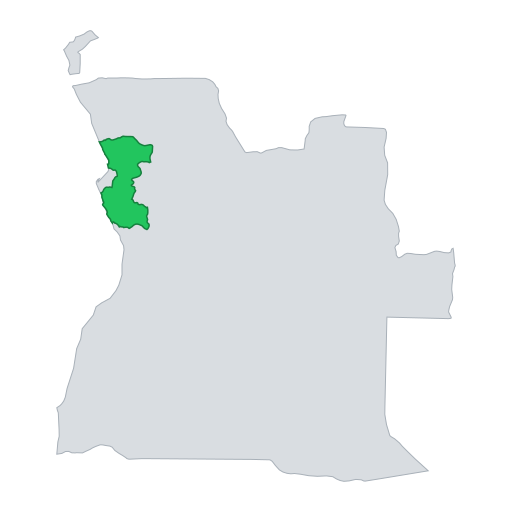 Bengo highlighted on a map of Angola
{"feature_id": "AGO-1877", "entity_name": "Bengo", "entity_type": "Province", "adm_level": 1, "iso_a3": "AGO", "parent_name": "Angola", "parent_adm1": "", "projection": "albers", "projection_center": [13.878, -9.029], "detail": "fine", "context": "in_parent", "style": "filled", "palette": "green", "viewbox_px": 512, "rotation_deg": 0, "n_neighbors": 0, "source": "natural_earth", "source_scale": "10m", "svg_char_len": 7609}
<svg xmlns="http://www.w3.org/2000/svg" viewBox="0 0 512 512"><path d="M453.1,248.3L453.7,252.7L454.2,258.7L454.6,263.1L455.1,265.0L455.2,266.1L454.6,267.2L454.0,269.7L453.1,272.0L452.5,273.6L452.9,276.6L451.9,285.2L451.7,289.5L452.7,297.3L452.5,299.6L449.6,306.6L448.8,310.1L448.6,312.0L451.2,317.3L451.0,318.3L448.9,318.6L447.1,318.6L386.9,317.1L384.9,406.8L384.8,414.4L386.5,424.6L389.8,435.6L391.1,436.7L394.6,438.8L399.5,443.0L402.2,446.2L407.7,451.7L415.0,458.8L428.2,470.8L382.7,478.3L365.3,481.1L363.8,481.0L361.3,479.8L355.7,479.4L349.1,480.9L343.9,481.3L340.1,480.5L336.4,478.9L332.8,476.7L326.4,475.9L317.4,476.3L308.8,475.7L300.4,474.2L294.4,473.5L290.8,473.8L287.0,473.3L282.9,472.0L279.4,469.9L275.4,465.5L272.2,461.3L271.3,460.7L270.3,460.0L269.3,459.8L251.4,459.4L142.2,458.6L129.5,459.2L128.5,459.1L126.9,458.6L125.9,457.7L122.3,455.3L119.2,453.5L114.9,450.5L112.2,447.2L109.9,446.1L105.8,445.5L102.7,444.9L100.2,444.8L95.8,446.4L92.5,447.9L90.1,449.4L86.0,451.2L82.5,452.9L76.5,452.7L75.2,452.9L71.8,452.8L68.7,451.4L65.5,451.5L61.9,453.4L56.8,454.2L57.9,441.8L59.2,436.3L59.1,429.8L58.3,412.8L57.4,410.4L56.8,407.7L60.0,405.6L61.6,404.0L63.7,401.1L65.3,397.2L67.1,388.4L73.6,368.3L76.7,348.6L80.7,339.2L82.2,328.7L93.3,315.1L96.1,306.8L101.9,302.7L110.1,298.3L116.0,290.6L118.8,285.2L122.0,274.9L122.0,264.2L124.0,249.8L123.6,245.7L120.5,240.0L119.9,235.9L117.1,231.9L114.0,228.9L112.6,223.5L107.2,214.9L105.8,209.2L103.2,205.1L102.8,200.1L101.4,194.8L98.8,189.5L96.3,183.5L96.3,181.6L97.9,179.3L99.4,178.6L98.8,179.7L97.8,181.1L98.1,182.1L108.0,171.5L108.7,169.4L108.3,167.1L108.3,164.3L108.7,161.0L99.2,141.5L91.7,123.4L90.4,114.2L80.4,102.2L76.4,94.4L74.2,88.9L72.5,86.8L73.1,85.7L75.7,85.5L81.4,84.2L89.2,82.8L96.4,79.6L98.3,78.1L102.2,77.8L106.1,78.7L107.5,78.1L108.3,78.0L117.5,78.0L121.3,77.8L128.3,77.9L132.8,78.1L135.3,78.5L142.2,79.0L150.7,78.9L153.8,78.6L165.0,78.5L186.0,78.2L197.0,78.3L205.4,78.4L209.2,79.6L212.7,81.8L214.3,83.7L215.0,84.6L216.0,86.7L217.9,88.4L218.6,90.9L218.0,94.4L218.2,98.5L219.3,103.4L221.6,108.5L225.0,113.9L226.5,118.1L226.0,121.3L227.1,124.6L229.6,128.1L231.5,130.0L232.6,131.4L235.5,136.8L244.9,151.9L246.3,152.6L248.4,152.4L252.9,151.8L257.3,151.7L260.4,153.1L261.7,152.9L266.4,150.4L271.1,149.6L276.1,148.7L278.6,147.6L281.6,147.6L289.6,149.8L291.1,149.9L297.6,150.0L304.1,149.0L305.2,140.4L305.3,138.7L306.9,135.5L308.9,132.7L309.2,130.0L309.2,126.3L310.7,121.9L315.1,118.4L322.2,116.8L326.2,116.6L332.5,115.7L342.2,114.8L345.7,115.0L346.0,115.5L343.8,121.7L343.8,123.7L344.5,125.7L346.1,126.9L365.2,127.5L383.6,128.5L384.6,128.9L385.4,129.3L386.5,132.4L386.1,138.4L384.1,147.1L384.7,155.3L387.6,162.9L387.7,174.6L384.8,190.3L384.1,200.2L385.4,204.4L388.3,208.8L392.8,213.4L396.2,219.4L398.5,226.7L399.3,231.2L398.6,233.1L398.6,236.4L399.3,241.0L398.3,244.0L395.8,245.5L394.9,247.6L396.1,251.6L396.3,255.2L398.0,257.6L399.1,257.8L401.7,256.6L404.8,254.2L407.2,253.3L410.7,253.5L415.5,254.3L424.0,254.7L426.6,254.4L434.6,251.3L436.7,251.1L439.8,251.5L444.2,252.6L448.6,252.9L450.9,252.0L451.1,250.7L451.8,249.0L453.1,248.3ZM98.4,37.5L97.9,38.0L94.2,39.5L90.4,40.9L85.3,46.5L82.7,48.9L81.9,49.5L79.6,50.8L77.9,52.0L77.9,52.6L79.1,53.3L80.2,54.5L80.2,63.6L79.7,72.6L79.1,73.4L75.8,73.7L71.5,74.3L70.1,74.7L69.6,73.8L68.2,70.6L69.0,67.5L69.9,65.1L68.9,60.4L66.6,56.2L64.3,50.8L63.6,49.8L65.5,48.1L68.5,44.3L69.7,42.3L73.1,41.9L74.4,40.5L75.3,38.3L75.6,37.1L79.5,36.0L84.1,34.1L86.7,32.1L89.3,30.8L90.9,30.7L92.0,31.3L95.0,34.8L97.6,37.0L98.4,37.5Z" fill="#d9dde1" stroke="#a8b0b8" stroke-width="1"/><path d="M108.4,168.0L108.3,167.5L107.8,165.3L107.5,164.2L107.9,164.1L108.2,164.2L108.5,164.1L108.7,163.8L108.8,163.5L108.8,161.0L108.7,160.2L108.4,159.5L105.3,154.7L104.9,154.4L104.5,152.9L104.2,152.3L103.9,151.9L103.5,151.1L103.3,150.7L102.7,149.5L102.5,148.0L100.3,144.0L99.3,141.9L99.6,141.9L101.1,141.7L102.0,141.5L102.6,141.2L102.9,141.0L103.2,140.9L103.4,140.7L104.2,140.0L104.3,140.0L104.5,140.1L104.8,140.3L105.0,140.3L105.3,140.4L105.5,140.3L105.7,140.2L105.8,140.0L105.8,139.8L106.0,139.6L106.3,139.3L106.7,139.2L107.5,138.9L108.8,138.6L109.1,138.6L109.4,138.7L109.7,138.8L110.3,139.4L110.4,139.5L110.8,139.7L111.0,139.8L111.6,140.0L112.4,140.0L112.8,140.0L116.5,138.8L116.8,138.7L117.0,138.5L117.2,138.4L117.5,138.2L118.2,138.0L118.6,137.9L119.7,137.9L120.1,137.8L120.3,137.8L120.4,137.6L120.5,137.5L121.2,137.3L121.4,137.1L121.5,136.9L122.5,136.5L122.8,136.4L123.0,136.2L125.4,136.5L132.1,136.6L133.1,136.9L133.8,137.5L134.3,138.2L136.6,140.4L138.5,142.8L139.3,143.5L140.2,144.1L142.7,145.2L143.7,145.5L144.5,145.7L145.6,145.6L150.2,144.7L151.8,145.1L152.3,145.6L152.6,146.4L152.3,151.7L152.1,152.5L150.7,154.7L150.3,155.6L150.0,156.5L149.9,157.9L150.0,159.1L150.7,162.0L149.8,162.3L149.5,162.6L149.3,162.6L149.2,162.6L148.9,162.3L148.8,162.2L148.7,162.1L147.2,161.8L146.1,161.7L145.7,161.7L145.4,161.7L144.0,161.8L143.8,161.8L143.1,161.6L142.7,161.5L141.9,161.5L141.4,161.6L140.3,162.1L138.9,163.0L137.6,164.2L137.6,165.2L137.6,165.5L137.8,166.0L138.3,166.8L139.2,167.6L140.0,168.5L141.1,171.8L141.2,172.5L141.2,173.3L140.9,174.0L140.5,174.7L140.0,175.4L139.3,176.0L138.1,176.6L136.7,177.2L133.0,178.2L131.8,179.1L131.6,179.8L131.8,180.2L132.3,180.7L133.4,181.5L133.6,181.8L133.7,182.2L133.7,182.8L133.2,183.7L132.6,184.2L131.9,184.6L131.4,185.0L131.4,185.6L132.2,186.2L133.9,186.7L134.5,187.1L134.8,187.8L134.6,188.4L134.6,189.0L135.0,189.8L135.6,190.6L135.5,190.9L135.3,191.5L134.3,192.8L133.9,193.5L133.1,196.1L131.8,199.2L132.1,199.2L133.0,200.1L133.8,202.0L134.3,202.6L134.8,202.8L135.6,202.8L136.4,202.7L136.8,202.5L137.2,202.7L137.8,203.1L137.9,203.4L138.1,204.2L138.3,204.4L139.4,204.6L139.6,204.7L139.9,204.7L141.0,204.4L141.7,204.4L142.4,204.6L143.1,204.9L143.6,205.3L144.4,206.2L144.7,206.4L145.6,206.9L145.8,207.0L146.3,207.7L146.6,207.7L146.8,207.6L147.0,207.4L147.4,207.3L147.8,210.0L147.8,212.4L147.7,213.5L147.5,214.4L147.0,215.0L146.6,215.9L146.7,216.7L147.3,218.5L147.6,219.7L147.3,220.5L147.1,221.3L147.1,222.0L147.5,222.8L148.0,223.3L149.0,224.2L149.1,225.7L149.0,226.3L148.7,227.1L147.9,228.6L146.9,229.5L144.7,228.5L143.3,227.2L142.7,226.4L141.9,225.7L139.4,224.6L138.4,224.3L137.5,224.1L136.8,224.1L136.0,224.1L135.3,224.3L134.5,224.7L133.7,225.1L131.7,226.9L130.4,227.6L129.8,228.2L129.6,228.3L129.3,228.4L129.1,228.4L128.8,228.2L128.7,228.0L128.4,227.7L127.9,227.5L127.0,227.2L126.3,227.2L125.8,227.2L123.9,227.5L123.5,227.5L123.3,227.3L123.2,227.1L122.9,227.0L122.5,226.9L121.6,226.9L121.1,226.8L120.2,226.5L119.9,226.4L119.9,226.5L119.9,226.8L119.5,227.0L119.3,227.0L119.2,226.9L119.0,226.4L118.0,225.1L117.8,224.7L117.6,224.5L117.2,224.2L115.7,223.3L115.3,223.2L115.0,223.2L114.8,223.1L114.6,223.0L114.5,222.7L114.3,222.5L113.8,222.1L113.5,222.0L113.2,221.9L113.0,222.0L112.9,222.1L112.4,223.2L111.3,221.6L110.8,220.9L110.5,219.3L110.0,218.6L108.7,217.3L106.8,214.2L106.8,213.7L107.1,213.2L107.3,212.5L107.1,211.2L106.4,209.8L105.5,208.4L102.9,205.3L102.6,204.7L102.8,204.1L103.5,203.4L103.7,202.8L103.7,202.2L103.5,201.5L103.2,201.0L102.9,200.8L103.0,200.4L101.9,197.3L101.9,196.7L101.9,195.2L101.8,194.7L101.2,193.5L101.0,192.8L102.1,192.3L102.4,192.1L103.1,191.1L103.6,189.8L104.4,188.6L105.5,187.6L106.3,187.2L106.9,187.2L108.1,187.3L108.8,187.3L109.3,187.1L109.8,187.0L110.4,187.1L111.9,187.5L112.1,186.8L112.8,180.9L114.0,179.3L115.0,177.5L115.7,176.9L116.2,176.6L117.2,176.4L117.3,175.4L117.0,173.8L116.5,171.7L116.0,170.8L115.4,170.2L114.8,170.0L114.1,170.2L113.6,170.2L113.2,170.2L111.7,169.0L110.9,168.5L110.3,168.3L108.4,168.0L108.4,168.0Z" fill="#22c55e" stroke="#15803d" stroke-width="1.5"/></svg>